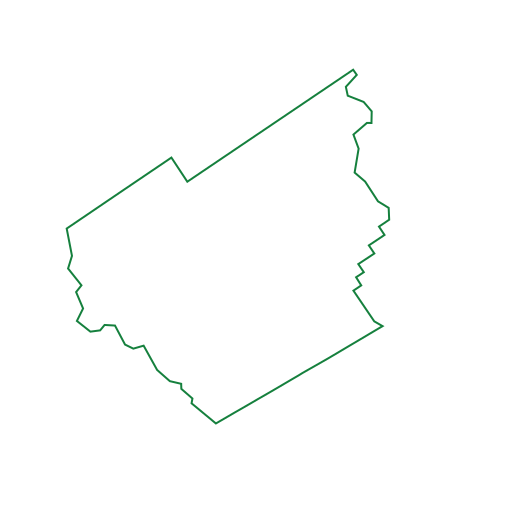 Madison, Florida, United States of America, rotated 146°
{"feature_id": "52423323B35187147605368", "entity_name": "Madison", "entity_type": "district", "adm_level": 2, "iso_a3": "USA", "parent_name": "United States of America", "parent_adm1": "Florida", "projection": "albers", "projection_center": [-83.469, 30.456], "detail": "fine", "context": "isolated", "style": "outline", "palette": "green", "viewbox_px": 512, "rotation_deg": 146, "n_neighbors": 0, "source": "geoboundaries", "source_scale": "gbopen_adm2", "svg_char_len": 890}
<svg xmlns="http://www.w3.org/2000/svg" viewBox="0 0 512 512"><g transform="rotate(146 256 256)"><path d="M440.8,302.3L435.6,285.9L426.8,281.5L420.1,283.5L411.8,277.2L414.1,255.8L409.5,247.8L399.3,244.5L401.7,216.8L397.4,200.4L389.5,191.9L392.2,187.6L388.4,173.4L391.8,169.9L382.9,139.6L361.9,138.2L360.5,138.1L343.9,136.9L334.4,136.3L322.0,135.4L316.0,135.0L293.7,133.6L287.7,133.2L282.7,133.0L253.7,130.8L190.3,127.1L194.5,135.7L194.6,172.8L185.2,172.8L184.9,182.4L175.7,182.3L175.7,192.1L156.5,191.9L156.5,201.7L137.7,201.6L137.6,211.6L125.3,211.6L119.1,221.7L124.3,233.1L123.9,256.7L127.6,270.0L110.9,287.6L107.3,302.2L89.6,304.3L85.9,301.7L79.2,311.2L80.6,323.5L90.3,337.6L86.9,346.0L71.2,349.8L71.3,356.1L271.4,356.0L271.1,384.9L329.2,384.8L397.6,384.6L408.5,359.0L418.8,350.7L417.1,329.3L425.3,326.7L428.7,309.2L440.8,302.3Z" fill="none" stroke="#15803d" stroke-width="2"/></g></svg>